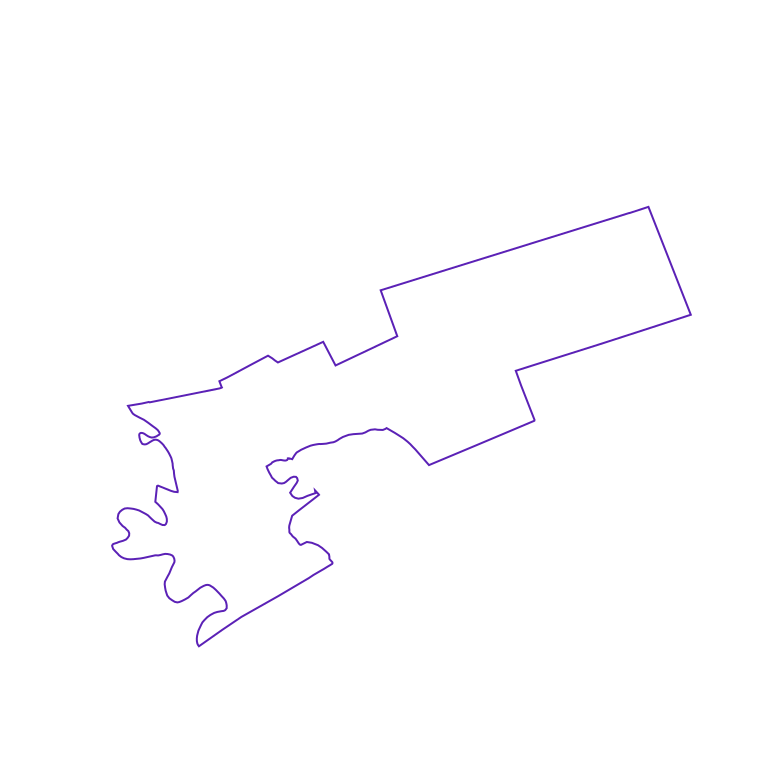 Sarateni, Ialomita, Romania (Natural Earth projection), rotated 47°
{"feature_id": "2599482B52880739545747", "entity_name": "Sarateni", "entity_type": "district", "adm_level": 2, "iso_a3": "ROU", "parent_name": "Romania", "parent_adm1": "Ialomita", "projection": "natural_earth1", "projection_center": [26.94, 44.652], "detail": "fine", "context": "isolated", "style": "outline", "palette": "violet", "viewbox_px": 768, "rotation_deg": 47, "n_neighbors": 0, "source": "geoboundaries", "source_scale": "gbopen_adm2", "svg_char_len": 5369}
<svg xmlns="http://www.w3.org/2000/svg" viewBox="0 0 768 768"><g transform="rotate(47 384 384)"><path d="M434.8,69.8L426.4,87.9L426.2,88.0L384.5,174.5L342.8,261.0L313.2,322.5L358.1,341.7L337.4,406.8L311.7,399.7L295.9,446.9L292.5,447.7L289.1,448.2L286.8,448.8L284.2,449.5L279.7,466.2L272.2,494.5L269.7,502.5L275.4,504.8L276.0,504.9L276.0,505.2L275.0,507.4L237.6,567.9L237.2,568.1L236.8,568.2L233.1,574.5L225.4,586.1L226.2,586.3L232.5,587.6L234.3,587.9L236.6,587.5L241.9,585.7L246.4,584.0L251.5,582.9L256.6,582.0L260.6,581.2L263.4,580.9L265.0,581.1L266.9,581.5L267.4,581.9L267.6,582.3L267.7,583.1L267.4,584.4L267.1,586.1L266.6,587.3L266.1,588.6L265.4,589.6L264.6,590.5L263.0,591.5L261.3,592.2L259.4,592.7L257.5,593.1L256.5,593.4L256.4,593.5L255.4,593.9L254.4,594.7L253.9,595.3L253.7,596.0L253.7,596.7L253.9,597.2L254.2,597.6L254.8,598.2L255.9,598.9L256.2,599.2L257.1,599.7L258.1,600.2L258.2,600.3L259.3,600.8L261.2,601.3L262.2,601.5L263.0,601.6L264.0,601.0L265.0,600.2L265.8,599.1L266.3,597.7L266.6,596.3L266.8,595.1L267.5,591.8L268.0,590.4L269.0,588.9L270.3,588.0L271.4,587.5L272.8,587.2L274.8,587.0L276.1,586.9L278.3,586.9L280.6,587.3L281.5,587.3L285.8,588.0L288.0,588.5L291.4,589.5L293.2,590.1L295.0,591.1L296.9,592.2L298.2,593.0L299.1,593.8L302.0,595.9L303.9,596.7L306.4,598.7L308.9,600.5L321.5,607.7L322.3,608.7L319.7,611.0L317.0,612.6L304.2,618.6L303.9,619.7L314.2,631.6L317.8,631.3L324.2,631.3L325.4,631.5L326.9,631.8L329.8,632.7L332.4,633.6L334.5,634.8L336.4,636.5L337.0,637.5L337.7,639.1L337.6,640.6L336.0,642.2L335.2,642.5L333.9,643.1L332.7,643.5L331.5,644.0L330.2,644.9L329.2,645.2L328.3,645.6L327.2,645.7L326.1,645.8L323.7,646.0L321.4,646.1L319.1,646.2L316.5,646.9L309.6,649.3L307.1,650.7L304.6,652.3L303.5,653.2L302.5,654.0L299.9,656.3L298.2,658.6L297.5,661.2L297.3,664.2L298.0,667.0L300.6,670.5L304.8,671.9L309.6,672.0L312.6,671.4L314.9,671.5L316.1,671.4L317.2,671.3L319.4,672.1L321.1,673.9L321.7,676.5L321.8,678.8L320.7,681.8L319.1,684.9L318.6,686.0L318.0,687.7L317.3,689.1L316.6,690.6L316.3,691.7L316.6,692.5L316.9,693.2L320.0,694.6L323.4,694.6L326.9,694.5L328.4,694.6L331.4,694.1L334.2,693.0L337.1,691.1L339.1,689.2L341.0,687.0L342.9,684.5L345.5,681.1L347.3,678.3L349.3,674.9L351.9,670.5L353.3,668.1L355.5,665.9L356.7,663.9L357.7,662.0L359.0,659.9L360.8,658.2L362.9,656.7L365.1,655.8L366.4,655.8L368.6,656.5L370.4,657.7L371.4,658.9L373.3,664.1L376.1,670.2L377.2,673.6L379.1,679.0L380.9,681.0L383.7,683.0L386.2,684.6L388.5,685.7L390.9,686.8L394.3,687.1L397.3,686.5L400.6,685.6L402.8,684.1L403.8,682.5L404.8,680.0L405.8,676.6L406.7,672.7L406.7,669.4L406.8,666.0L407.2,663.3L407.7,657.3L408.7,653.5L409.5,651.5L410.3,650.3L411.2,649.5L412.3,648.8L416.4,647.7L419.9,647.4L425.1,647.3L428.2,647.4L431.5,647.4L433.2,647.6L434.9,647.9L436.7,648.8L438.6,650.0L440.7,652.0L441.1,654.4L440.6,656.0L439.3,657.8L437.0,661.4L435.6,664.3L434.5,668.5L434.0,672.3L434.2,676.6L434.5,679.4L435.5,682.2L436.7,685.2L437.8,687.9L439.2,690.1L440.6,692.3L442.5,694.5L444.4,696.2L446.5,697.5L448.0,698.0L449.6,698.2L453.5,669.9L457.1,647.1L467.0,606.0L474.7,571.2L475.5,566.3L475.5,566.1L475.6,565.7L475.9,564.4L477.1,559.1L478.3,553.9L479.0,550.3L479.8,546.7L480.0,545.4L480.2,544.5L480.1,544.2L479.8,543.8L479.6,543.6L479.2,543.4L478.9,543.3L478.3,543.3L477.5,543.3L476.2,543.3L475.7,543.3L475.1,543.3L474.6,543.1L474.1,542.7L473.0,541.7L472.1,541.1L471.7,540.9L471.4,540.8L471.1,540.4L467.1,540.6L461.7,541.1L456.9,542.2L450.9,545.1L446.9,548.2L445.0,554.5L444.2,555.0L442.4,555.1L441.8,554.9L440.9,554.8L440.3,554.7L439.7,554.6L439.4,554.5L439.0,554.5L438.4,554.4L437.7,554.3L436.6,554.2L436.0,554.3L435.3,554.4L434.5,554.5L433.1,554.7L431.4,554.5L430.5,554.4L429.2,554.5L428.6,554.5L428.2,554.4L427.8,554.2L427.1,553.6L426.8,553.3L425.9,552.5L425.2,552.0L424.4,551.4L423.2,550.1L422.6,549.2L419.9,544.7L417.7,541.0L418.4,532.2L420.7,507.1L419.7,507.0L417.3,507.0L414.8,507.0L417.1,508.5L415.3,512.4L413.6,516.3L411.9,521.2L409.5,524.8L406.5,526.7L403.4,527.4L399.5,526.8L397.8,520.1L396.8,515.4L396.3,514.1L395.8,512.9L393.6,511.7L391.9,511.7L390.2,513.3L389.0,516.2L388.9,517.9L388.8,519.6L388.7,522.5L388.3,524.6L387.7,525.6L387.1,526.6L384.3,529.0L382.6,529.2L380.9,529.5L378.5,529.6L376.1,529.8L374.0,529.2L371.9,528.7L370.6,528.4L369.3,528.0L366.8,527.2L364.2,526.1L365.3,521.2L365.3,520.8L365.3,520.4L365.2,519.9L365.1,519.4L365.1,519.1L365.2,518.7L365.4,518.3L365.5,517.8L365.6,517.5L365.6,517.2L365.9,516.7L365.9,516.4L366.4,515.3L367.0,514.2L367.6,513.5L368.5,512.1L369.2,511.2L370.3,510.4L371.5,509.5L372.2,508.9L373.0,508.0L373.5,506.7L373.4,506.0L373.2,505.4L372.9,505.1L373.9,504.4L373.7,504.1L376.4,502.4L376.2,501.8L375.6,499.8L375.2,498.4L374.9,496.9L374.6,495.4L374.6,494.0L374.9,492.9L375.6,489.4L376.2,487.6L376.8,485.8L377.2,484.5L377.7,483.2L379.0,479.8L380.3,477.4L381.3,475.8L382.4,474.1L383.6,472.4L384.6,471.4L386.5,469.1L388.3,466.8L390.3,463.3L392.1,460.7L392.9,458.7L393.5,456.2L393.8,454.0L394.7,450.2L397.1,444.5L399.8,440.6L405.4,433.7L406.7,430.6L407.5,427.3L408.4,425.0L411.0,421.5L413.2,419.8L416.8,416.2L417.8,413.6L418.0,412.2L427.2,409.4L432.5,408.0L436.8,406.9L439.5,406.5L442.3,406.1L446.0,405.8L449.4,405.8L453.2,405.7L474.0,406.4L480.2,389.6L491.5,359.0L502.4,329.3L513.3,299.5L513.4,299.1L512.9,298.4L511.4,297.8L478.7,284.8L464.2,278.6L503.8,195.4L542.6,112.4L434.8,69.8Z" fill="none" stroke="#5b21b6" stroke-width="2"/></g></svg>